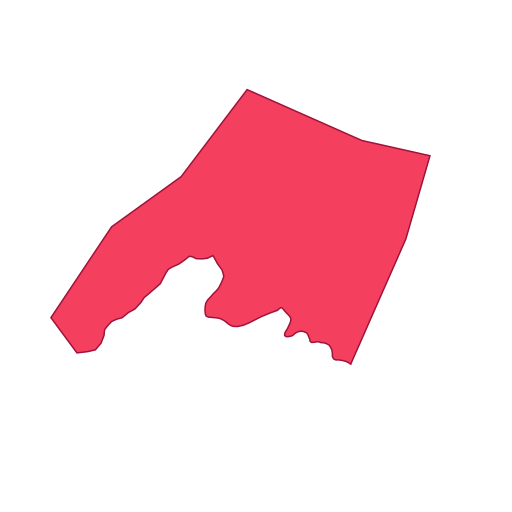 outline of Su'xbaatar, Selenge, Mongolia, rotated 303°
{"feature_id": "93677404B24748843870078", "entity_name": "Su'xbaatar", "entity_type": "district", "adm_level": 2, "iso_a3": "MNG", "parent_name": "Mongolia", "parent_adm1": "Selenge", "projection": "equal_earth", "projection_center": [106.187, 50.218], "detail": "fine", "context": "isolated", "style": "filled", "palette": "rose", "viewbox_px": 512, "rotation_deg": 303, "n_neighbors": 0, "source": "geoboundaries", "source_scale": "gbopen_adm2", "svg_char_len": 1509}
<svg xmlns="http://www.w3.org/2000/svg" viewBox="0 0 512 512"><g transform="rotate(303 256 256)"><path d="M77.2,158.6L84.1,166.9L89.8,172.4L98.6,173.5L106.6,171.8L111.6,169.2L116.3,169.5L122.5,170.6L127.0,173.5L131.3,177.3L139.3,179.9L145.6,183.3L154.4,184.8L159.9,184.8L169.7,187.7L180.5,190.8L192.8,189.7L196.9,189.7L200.7,191.4L207.3,195.7L213.7,198.3L219.3,200.1L220.7,202.9L221.2,207.3L224.3,212.5L227.7,216.5L232.9,219.7L230.5,224.3L228.6,227.8L226.0,234.7L223.9,237.5L221.2,240.2L215.5,241.4L209.3,242.1L205.2,241.7L201.6,240.8L197.7,240.3L192.7,239.4L189.2,239.6L186.1,240.8L182.8,242.7L179.8,245.0L178.4,247.2L179.0,249.7L181.1,253.7L183.3,257.9L184.2,261.0L184.5,264.8L184.0,269.1L184.0,273.0L184.7,275.4L186.7,278.8L190.9,283.0L196.0,286.5L208.1,293.5L216.4,299.2L222.1,303.6L224.2,304.1L226.2,305.0L226.7,306.3L226.1,308.2L225.0,311.9L224.0,316.3L223.0,318.7L221.5,320.0L219.5,320.8L215.5,321.5L211.4,322.0L208.7,321.9L206.4,322.4L204.9,323.4L204.8,325.3L206.4,327.6L209.1,330.0L212.2,330.8L214.8,332.1L216.9,333.9L218.4,336.6L219.0,339.2L219.0,340.8L218.0,342.8L215.8,345.9L214.0,347.8L213.7,349.5L214.4,350.6L215.6,352.1L217.2,353.8L218.2,355.3L218.7,357.6L220.0,359.8L220.9,362.9L221.1,365.9L220.1,368.3L218.4,370.9L216.0,373.0L213.3,374.8L212.0,377.2L212.3,379.5L213.9,381.9L215.4,385.3L216.5,388.5L216.9,391.1L216.9,394.4L217.7,394.2L351.9,372.4L434.8,347.3L410.5,281.8L390.7,157.9L281.8,150.0L201.9,119.0L92.6,117.6L77.2,158.6Z" fill="#f43f5e" stroke="#9f1239" stroke-width="1.5"/></g></svg>